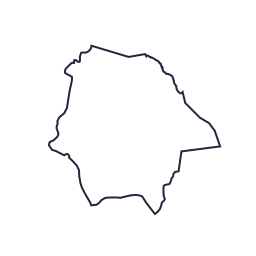 Melekeok, Melekeok, Palau, rotated 339°
{"feature_id": "81905179B96125611766208", "entity_name": "Melekeok", "entity_type": "district", "adm_level": 2, "iso_a3": "PLW", "parent_name": "Palau", "parent_adm1": "Melekeok", "projection": "natural_earth1", "projection_center": [134.606, 7.509], "detail": "fine", "context": "isolated", "style": "outline", "palette": "slate", "viewbox_px": 256, "rotation_deg": 339, "n_neighbors": 0, "source": "geoboundaries", "source_scale": "gbopen_adm2", "svg_char_len": 3006}
<svg xmlns="http://www.w3.org/2000/svg" viewBox="0 0 256 256"><g transform="rotate(339 128 128)"><path d="M191.9,114.0L191.5,114.2L191.2,114.4L190.9,114.6L190.7,114.7L190.4,114.7L190.1,114.7L189.9,114.8L189.7,115.3L189.7,115.1L189.6,114.8L189.3,114.5L188.9,113.7L188.5,113.1L188.1,112.4L187.8,111.8L187.7,111.1L187.6,110.6L187.5,110.1L187.5,109.5L187.5,109.0L187.4,108.7L187.5,108.2L187.6,107.9L187.8,107.4L187.9,106.9L188.0,106.5L187.9,106.3L187.8,106.0L187.9,105.9L187.9,105.5L187.9,105.1L187.7,104.7L187.6,104.3L187.5,104.1L187.4,103.7L187.3,103.3L187.2,102.9L187.2,102.5L187.3,102.2L187.3,101.8L187.3,101.6L187.5,101.4L187.6,100.8L187.6,100.4L187.7,100.2L187.7,99.6L187.7,99.1L187.8,99.1L187.8,98.7L187.7,98.3L187.8,98.2L187.8,97.9L187.8,97.7L187.9,97.2L188.0,96.8L187.9,96.3L187.8,95.6L187.6,95.2L187.2,94.6L187.0,94.2L186.8,93.8L186.5,93.4L186.2,93.2L185.6,92.8L185.0,92.1L184.7,91.8L184.3,91.6L184.1,91.5L183.6,91.5L183.1,91.2L183.0,90.6L182.7,90.3L182.6,89.9L182.6,89.7L182.4,89.3L182.2,89.1L181.9,88.8L181.4,88.1L181.3,87.3L181.2,87.1L181.2,86.7L181.3,86.5L181.3,86.2L181.5,85.8L181.4,85.4L181.6,85.0L181.8,84.5L181.8,84.0L181.8,83.8L181.7,83.6L181.8,83.5L181.7,83.2L181.8,83.0L181.6,82.8L181.4,82.4L181.3,82.5L181.3,82.2L181.6,79.7L181.1,79.6L181.0,79.3L180.6,78.7L180.8,78.1L180.7,77.6L180.5,77.2L180.4,77.1L180.2,76.6L179.8,76.0L179.0,75.1L178.2,74.3L177.7,73.3L177.0,72.5L176.2,71.6L175.8,71.1L175.4,70.8L175.1,70.7L174.8,70.1L174.7,70.0L174.4,70.0L174.4,69.8L174.2,69.7L174.0,69.4L173.7,69.4L173.6,69.1L173.4,69.0L173.2,68.4L172.9,68.0L172.8,67.8L172.5,67.6L172.0,67.3L171.9,67.2L171.7,67.0L171.3,67.0L171.1,67.1L170.9,67.3L170.9,67.1L170.7,66.9L170.8,66.8L170.8,66.5L170.7,66.2L170.6,65.6L170.4,65.1L154.1,61.9L124.0,38.6L123.3,38.1L122.7,39.3L121.5,40.8L118.6,42.3L115.3,42.5L113.5,41.5L111.1,41.0L110.3,42.1L108.7,44.1L107.3,47.9L106.4,48.9L105.5,48.4L104.6,47.7L103.9,46.1L102.1,45.5L101.4,46.2L101.4,47.4L100.8,48.0L100.2,47.5L98.7,47.1L93.4,49.3L90.6,50.8L89.4,52.4L89.0,54.1L90.7,56.2L94.0,60.0L93.5,61.5L92.6,63.6L86.4,73.1L78.2,87.4L73.8,91.3L67.6,93.5L64.6,96.2L63.8,98.9L62.2,100.5L61.2,102.8L61.2,105.4L61.0,108.7L59.0,110.8L54.0,112.9L50.7,112.9L49.3,113.6L48.0,115.9L49.3,121.2L52.5,123.7L57.9,129.8L58.6,130.7L61.1,130.1L62.5,130.9L63.2,133.0L62.4,134.4L64.3,138.7L66.8,144.8L66.9,147.7L67.2,149.3L66.5,151.7L65.1,155.9L63.8,163.1L63.6,167.3L64.4,174.1L66.0,184.3L65.9,187.0L68.5,187.6L71.0,188.4L74.0,187.6L77.5,185.8L81.6,185.1L84.8,185.9L92.6,188.8L95.8,190.5L98.4,190.7L106.5,191.9L111.2,193.2L114.4,195.0L116.2,196.4L116.9,197.6L118.2,204.2L122.3,217.9L125.3,217.0L126.2,216.7L127.4,215.7L128.5,215.4L131.1,212.4L132.8,209.9L135.7,208.6L137.0,207.5L137.0,204.2L139.3,197.3L140.6,194.9L142.0,194.4L145.6,195.0L147.0,195.0L149.3,192.6L150.4,190.8L152.6,189.5L153.5,187.9L154.5,186.7L156.4,185.9L157.9,186.3L159.8,186.5L159.9,186.2L169.5,169.0L207.4,178.2L208.0,161.6L205.4,152.5L198.8,144.1L190.4,125.1L191.9,114.0Z" fill="none" stroke="#1e293b" stroke-width="2"/></g></svg>